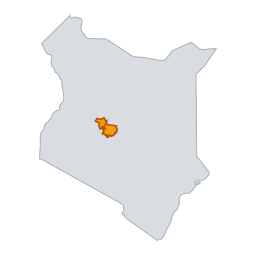 Laikipia North, Rift Valley, Kenya shown in context
{"feature_id": "3690345B24506089948123", "entity_name": "Laikipia North", "entity_type": "district", "adm_level": 2, "iso_a3": "KEN", "parent_name": "Kenya", "parent_adm1": "Rift Valley", "projection": "albers", "projection_center": [36.962, 0.429], "detail": "fine", "context": "in_parent", "style": "filled", "palette": "amber", "viewbox_px": 256, "rotation_deg": 0, "n_neighbors": 0, "source": "geoboundaries", "source_scale": "gbopen_adm2", "svg_char_len": 5374}
<svg xmlns="http://www.w3.org/2000/svg" viewBox="0 0 256 256"><path d="M39.8,159.2L39.7,155.4L40.3,145.8L40.3,137.4L40.8,133.2L42.9,130.5L43.8,128.6L44.5,125.8L45.6,123.6L48.1,121.8L48.5,120.8L51.2,117.8L52.7,114.0L53.9,112.7L55.4,111.4L56.4,110.8L58.2,110.2L59.5,109.8L59.8,109.5L59.9,108.9L59.4,106.5L60.0,105.7L60.9,104.1L62.0,102.6L62.9,101.6L63.5,100.7L63.7,99.0L63.7,97.8L63.7,95.8L63.4,91.4L62.3,87.7L61.7,83.5L62.2,82.1L61.3,79.7L60.9,79.5L60.2,79.0L59.3,76.7L58.6,74.6L58.2,74.1L55.2,72.2L53.7,67.9L52.1,66.9L51.2,62.6L51.0,61.4L52.0,57.1L51.9,56.1L50.9,55.2L48.1,54.3L45.9,52.5L46.2,51.9L46.3,51.3L45.1,50.8L41.7,43.5L46.2,39.1L50.7,34.6L56.4,29.0L61.7,23.8L66.2,19.3L70.3,15.4L70.2,16.1L70.2,17.1L70.7,17.8L71.5,18.2L72.7,17.7L73.7,17.1L74.7,17.0L80.8,18.7L81.8,20.1L81.7,21.7L82.0,22.8L81.5,23.9L81.0,27.4L81.2,30.5L83.0,32.9L84.6,34.7L85.9,37.3L86.9,38.1L88.2,38.5L92.4,38.6L98.6,38.8L104.6,38.9L105.1,39.0L106.4,39.3L111.9,42.8L116.9,46.0L121.2,48.8L125.3,51.4L129.3,54.1L132.4,56.2L135.5,56.9L140.5,57.2L144.0,57.3L147.2,58.2L151.9,59.0L155.5,59.5L157.6,60.0L163.5,60.5L164.5,60.2L167.1,57.7L170.1,53.8L171.2,51.7L175.0,49.5L181.6,46.5L186.3,44.4L191.5,42.3L193.9,44.1L197.2,47.0L198.7,48.5L199.8,49.1L201.6,49.5L203.8,49.5L205.0,49.5L207.4,49.1L213.0,48.7L216.3,48.7L213.6,52.6L210.3,57.3L204.4,66.0L199.8,70.5L196.4,74.0L196.0,74.6L196.1,78.4L196.1,87.7L196.3,106.4L196.4,125.1L196.6,143.8L196.6,153.1L196.6,156.2L199.7,160.1L202.7,163.9L206.6,169.0L208.7,171.7L209.1,172.6L209.0,174.4L205.8,178.2L203.1,180.0L199.6,180.8L198.5,180.6L197.1,180.1L196.6,181.0L196.2,182.4L195.4,182.1L194.8,181.7L195.1,184.2L195.5,185.5L195.0,187.2L193.2,188.6L193.1,189.9L189.4,193.1L184.0,193.5L181.2,195.1L180.0,196.4L179.1,199.3L179.4,203.7L177.9,207.2L177.7,208.9L174.9,211.1L173.7,213.1L172.8,215.2L172.0,216.1L171.1,220.7L169.8,223.5L169.5,224.4L169.2,225.2L168.2,226.9L167.5,228.0L167.1,228.8L163.8,235.9L161.3,239.2L159.3,238.8L158.0,240.0L157.9,240.6L157.2,240.3L155.5,239.1L152.1,236.7L148.7,234.3L145.3,231.9L141.8,229.4L138.4,227.0L135.0,224.6L131.6,222.1L128.2,219.7L126.2,218.3L125.3,217.4L124.6,215.8L124.3,215.3L123.3,214.8L122.3,214.7L122.0,214.4L122.0,213.6L122.4,212.4L123.6,210.2L123.7,208.8L123.5,207.4L123.1,205.0L122.8,204.4L120.5,203.2L115.8,200.5L111.0,197.9L106.3,195.3L101.6,192.7L96.8,190.0L92.1,187.4L87.4,184.8L82.7,182.1L77.9,179.5L73.2,176.9L68.5,174.2L63.8,171.6L59.0,169.0L54.3,166.3L49.6,163.7L44.9,161.0L43.1,160.0L41.5,159.2L39.8,159.2ZM197.1,184.7L196.3,184.9L196.7,183.6L199.1,182.0L200.1,182.4L200.3,182.7L200.2,183.1L199.8,183.4L197.1,184.7Z" fill="#d9dde1" stroke="#a8b0b8" stroke-width="1"/><path d="M116.7,131.1L116.8,131.0L117.0,131.0L117.0,130.9L117.0,130.7L117.2,130.4L117.2,130.2L117.1,129.9L117.2,129.7L117.1,129.4L117.1,129.2L116.9,129.1L116.8,128.9L116.9,128.7L116.7,128.6L116.6,128.4L116.6,128.2L116.4,128.0L116.3,127.9L116.3,127.6L116.2,127.5L116.2,127.3L116.2,127.2L116.2,126.9L116.3,126.8L116.4,126.7L116.4,126.4L116.5,126.3L116.4,126.2L116.5,125.9L114.2,125.5L105.4,124.4L105.5,124.3L105.5,124.2L105.5,123.9L105.7,123.7L105.8,123.7L106.0,123.6L106.0,123.3L106.1,123.2L106.4,123.1L106.4,122.8L106.4,122.7L106.5,122.7L106.5,122.4L106.7,122.5L106.7,122.4L106.8,122.3L106.8,122.2L106.8,121.9L106.8,121.7L106.8,121.0L106.8,120.9L106.9,120.6L106.7,120.7L106.6,120.9L106.6,121.0L106.4,120.9L106.3,120.7L106.1,120.7L106.0,120.8L105.7,120.8L105.5,120.7L105.4,120.7L105.1,120.0L105.0,119.6L104.8,119.3L104.8,119.1L104.5,118.4L104.5,118.2L103.9,117.8L103.6,117.9L103.1,118.0L102.7,118.7L102.1,118.9L101.9,118.9L101.6,118.9L101.4,118.9L101.4,119.0L97.1,119.1L97.0,118.9L97.1,118.6L97.1,118.4L96.9,118.5L96.7,118.9L95.3,121.2L96.4,121.8L97.3,122.2L98.2,122.5L99.3,123.0L99.0,124.4L98.8,125.0L98.9,125.3L99.3,126.5L99.5,127.4L99.4,127.8L100.3,129.2L100.5,129.1L100.7,128.9L100.8,128.7L100.8,128.4L101.0,128.3L101.0,128.2L101.2,127.9L101.3,127.8L101.4,127.7L101.6,127.7L101.8,127.7L102.0,127.5L102.0,127.4L102.5,127.4L102.8,127.3L102.8,127.2L103.0,126.9L102.9,126.8L103.0,126.8L103.0,126.7L103.3,126.6L103.5,126.5L103.8,126.5L104.0,126.5L104.3,126.6L104.4,126.4L104.5,126.3L104.8,127.2L104.5,127.7L104.7,128.1L105.1,128.5L104.7,128.5L104.6,129.2L103.6,129.1L103.6,128.9L103.6,128.7L102.6,129.0L103.5,130.0L103.3,130.3L103.6,130.9L103.2,131.3L103.9,132.0L103.7,132.1L103.7,132.3L103.4,132.4L103.3,132.6L103.2,132.6L103.0,132.8L103.0,132.7L102.9,132.7L102.7,132.9L102.7,133.0L102.5,133.3L102.4,133.4L102.4,133.5L102.3,133.8L104.2,134.2L104.2,134.5L106.1,134.7L106.2,134.8L106.3,135.0L106.2,135.1L106.3,135.1L106.3,135.3L106.3,135.5L106.3,135.8L106.2,135.8L106.3,136.0L106.4,136.3L106.5,136.3L106.5,136.5L106.5,136.8L106.6,137.0L106.8,137.1L107.1,137.2L107.3,137.2L107.4,137.3L107.5,137.3L107.8,137.4L108.0,137.4L108.5,136.6L108.1,136.5L107.8,135.6L109.4,135.0L109.5,135.2L109.5,135.3L109.7,135.5L110.1,135.7L110.9,135.6L110.9,136.3L111.3,136.3L111.5,136.2L111.8,136.0L112.2,135.9L112.6,135.8L112.9,135.7L113.0,135.6L113.3,135.5L113.6,135.3L113.6,134.8L113.8,134.8L113.9,134.7L114.0,135.0L114.3,134.6L114.7,134.2L114.7,133.9L114.7,133.7L114.9,133.5L115.2,133.3L115.3,133.2L115.6,133.1L115.8,133.1L116.0,133.0L116.0,132.9L115.9,132.8L116.0,132.8L116.2,132.7L116.2,132.4L116.3,132.3L116.3,132.2L116.4,131.8L116.5,131.8L116.5,131.7L116.4,131.5L116.5,131.4L116.7,131.2L116.7,131.1Z" fill="#f59e0b" stroke="#b45309" stroke-width="1.5"/></svg>